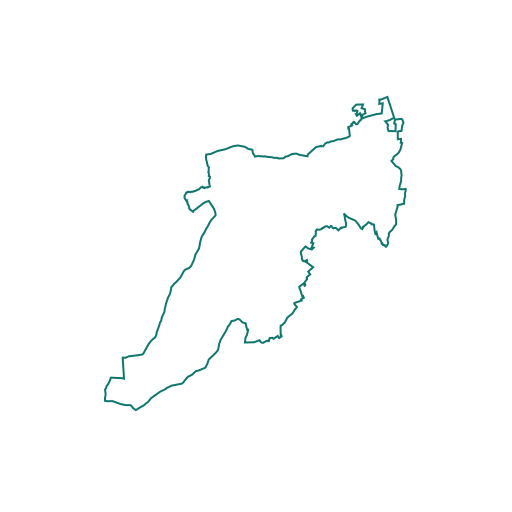 Chinteni, Cluj, Romania (Robinson projection), rotated 126°
{"feature_id": "2599482B62695638429632", "entity_name": "Chinteni", "entity_type": "district", "adm_level": 2, "iso_a3": "ROU", "parent_name": "Romania", "parent_adm1": "Cluj", "projection": "robinson", "projection_center": [23.558, 46.886], "detail": "fine", "context": "isolated", "style": "outline", "palette": "teal", "viewbox_px": 512, "rotation_deg": 126, "n_neighbors": 0, "source": "geoboundaries", "source_scale": "gbopen_adm2", "svg_char_len": 6071}
<svg xmlns="http://www.w3.org/2000/svg" viewBox="0 0 512 512"><g transform="rotate(126 256 256)"><path d="M451.3,262.6L445.9,260.5L442.8,258.9L439.6,258.3L437.9,257.6L432.5,257.3L421.9,253.7L417.2,251.1L415.2,250.6L410.5,248.1L402.9,241.0L401.2,240.5L395.9,240.4L393.8,240.1L389.6,237.9L385.3,237.2L384.2,236.8L382.5,235.2L376.3,231.4L372.1,231.9L367.5,233.4L357.9,231.6L354.2,231.5L348.4,234.3L344.2,235.4L335.7,236.1L331.7,236.7L330.1,237.2L326.0,237.1L323.1,237.6L322.9,237.1L322.1,236.7L320.5,235.2L318.1,234.1L317.4,233.4L317.1,232.4L317.1,231.3L317.7,227.8L316.5,224.8L318.4,223.0L319.8,221.0L320.8,219.9L320.2,219.1L325.2,216.9L328.1,216.6L332.5,214.1L326.8,206.7L322.2,203.8L322.4,202.4L322.6,202.3L322.8,201.4L322.8,200.7L322.1,199.2L318.5,197.6L317.4,196.5L317.7,196.1L317.0,195.6L314.5,196.7L312.6,194.8L312.7,193.2L307.9,191.4L308.8,189.1L306.0,188.0L305.0,189.3L305.3,189.6L305.0,189.9L298.6,194.7L297.8,195.1L296.3,194.1L294.2,194.0L293.6,193.6L287.3,194.4L280.9,192.7L276.3,193.1L273.3,192.8L273.0,193.4L272.5,196.2L271.7,197.3L270.1,196.4L265.3,192.9L264.6,194.1L261.7,192.7L260.7,194.3L261.5,194.8L257.7,199.8L257.4,200.6L255.5,202.9L250.2,201.4L251.5,199.2L251.0,199.0L250.7,199.5L250.3,199.3L249.0,201.2L244.6,201.1L243.7,202.5L239.0,201.4L238.0,204.6L231.5,203.2L231.4,211.4L231.1,211.7L229.8,211.7L229.3,212.4L231.0,213.1L231.6,213.0L231.7,214.2L232.3,214.5L232.4,215.2L231.9,215.9L232.0,216.3L231.6,216.9L229.2,219.0L227.4,221.3L225.9,222.3L219.2,221.6L219.2,218.1L217.9,214.7L215.4,214.3L216.2,216.1L212.0,217.1L212.8,219.2L212.0,219.3L211.9,218.9L211.6,219.0L210.1,220.0L209.8,220.4L206.9,220.3L206.2,220.5L204.7,219.6L201.0,221.9L200.8,222.3L198.8,222.4L198.4,221.4L197.6,220.3L196.2,219.1L194.5,218.4L194.2,218.6L193.9,218.0L193.0,218.1L192.5,217.6L191.3,217.3L190.0,215.8L190.1,214.2L190.0,213.3L187.7,213.1L187.5,212.4L188.1,210.6L188.2,209.7L187.6,209.4L186.3,207.9L186.8,204.4L183.2,203.9L182.9,203.7L183.2,203.3L181.2,202.1L179.8,200.7L178.5,201.0L176.9,202.1L173.4,206.1L170.9,208.4L170.7,209.1L170.2,209.2L170.6,205.1L170.5,203.3L169.0,196.4L170.5,190.9L171.9,187.6L171.8,185.9L169.9,186.0L169.6,186.6L165.8,185.3L162.5,184.9L162.3,183.3L161.9,182.3L162.4,181.3L162.0,181.0L161.8,179.9L161.3,179.4L161.3,179.0L166.1,174.6L167.7,172.6L166.3,172.5L166.5,172.3L166.3,172.3L166.7,172.0L166.7,171.4L167.3,171.1L170.2,167.1L169.2,166.3L170.2,164.7L170.1,164.2L172.1,161.5L171.5,161.1L172.6,159.7L171.6,158.4L172.2,157.0L172.2,156.4L171.9,156.1L171.0,156.3L169.0,156.3L168.3,156.5L167.1,157.3L166.4,158.5L165.0,159.5L161.7,160.3L159.6,161.8L157.5,161.8L155.0,161.2L150.3,161.5L148.2,161.3L145.1,163.2L140.7,167.7L132.2,170.7L131.5,171.4L129.7,169.4L128.5,168.6L128.4,168.3L128.0,168.3L127.0,167.6L126.8,166.9L126.6,166.9L123.6,169.1L119.7,170.6L117.9,172.2L114.6,173.6L113.8,174.4L115.7,176.3L117.6,179.4L115.3,180.8L110.0,182.7L106.6,185.0L105.1,185.6L102.9,187.8L101.7,188.6L100.7,190.9L100.6,193.5L101.2,195.9L100.9,196.4L99.5,202.3L96.9,201.9L95.6,202.8L93.5,202.6L90.9,201.7L88.4,201.3L84.8,201.8L78.7,204.2L79.3,205.5L77.4,206.4L76.0,207.5L78.2,209.9L72.3,214.3L71.3,214.1L69.3,211.8L64.7,214.3L61.5,215.0L59.6,218.0L59.5,218.9L63.3,223.0L63.8,223.8L67.6,222.0L67.2,220.5L73.0,216.5L77.0,222.2L75.1,224.8L72.2,226.4L71.1,230.6L70.1,229.5L69.1,229.0L67.0,227.4L65.5,226.9L63.1,225.3L50.1,243.2L55.6,246.6L57.1,248.2L58.3,247.0L60.5,245.7L58.0,243.2L66.8,238.1L70.5,242.0L77.7,247.9L82.4,251.0L81.0,251.8L79.4,253.3L78.6,252.5L76.0,251.4L74.5,253.2L73.2,254.2L74.4,257.4L70.5,258.5L74.6,263.9L79.6,264.7L81.2,263.4L81.4,262.9L80.9,262.7L80.6,261.6L80.7,261.3L79.4,260.6L79.0,259.3L82.2,258.0L82.5,258.4L83.2,256.8L79.4,255.8L81.4,252.7L82.8,251.2L84.2,251.1L84.2,251.4L87.5,251.7L87.8,251.5L89.7,251.5L90.6,252.4L89.9,255.1L90.4,255.2L90.3,255.9L92.0,256.0L93.2,256.3L93.6,255.2L94.3,255.5L94.5,255.2L97.5,257.2L98.9,255.8L98.6,255.3L103.7,250.7L104.3,250.7L108.1,252.8L109.0,253.9L111.8,255.9L113.6,258.4L118.1,261.3L119.1,262.7L121.4,263.8L121.9,264.8L122.7,265.3L124.3,266.1L127.8,266.2L128.9,267.7L128.6,268.1L132.8,271.5L143.3,273.7L145.1,273.0L148.5,280.1L149.5,283.5L150.2,284.5L152.3,286.8L156.8,289.1L158.5,290.7L160.3,290.9L161.0,291.5L163.8,295.0L164.1,296.6L165.7,298.6L166.8,301.2L169.6,306.0L169.9,307.2L170.5,307.5L174.0,313.2L176.2,315.3L175.8,315.7L174.9,318.5L172.4,321.3L172.3,321.9L173.9,325.0L174.0,327.8L174.4,329.6L177.2,335.6L180.0,338.5L182.3,340.2L187.4,343.3L193.6,348.8L200.0,352.6L203.2,355.9L204.8,355.1L207.1,353.1L208.3,351.8L208.9,350.7L209.9,350.0L211.6,347.8L211.7,346.8L212.3,345.9L213.1,345.7L214.9,344.3L216.2,343.9L216.4,343.3L217.5,342.1L219.1,341.2L218.8,340.1L219.0,339.8L220.1,339.1L221.8,338.9L223.2,338.2L223.9,337.1L224.9,336.4L226.8,334.2L229.1,335.5L229.1,336.1L231.4,337.7L231.1,338.4L231.8,338.8L231.4,340.0L233.0,340.9L235.8,341.4L236.5,342.1L238.6,343.0L240.1,344.4L241.0,344.6L241.9,346.0L242.9,346.4L243.2,347.0L243.1,347.4L243.9,348.2L243.9,348.6L244.4,349.1L245.1,349.1L245.8,349.7L246.3,349.3L249.0,349.4L250.0,348.5L250.9,348.2L251.5,346.9L251.6,346.0L252.2,345.1L252.0,344.9L252.3,344.9L252.4,343.6L253.2,343.0L253.4,342.3L254.1,342.0L254.5,340.6L256.3,338.2L257.0,337.8L257.3,332.9L256.0,333.0L244.0,329.5L241.9,328.5L239.2,326.5L242.6,317.6L244.3,315.1L245.5,313.7L246.9,312.6L252.9,313.3L255.9,313.2L260.7,312.4L264.0,312.2L266.9,311.6L271.7,311.3L273.5,310.9L278.1,309.1L283.3,306.5L290.3,305.9L295.2,304.0L302.2,302.6L304.8,303.0L308.7,305.2L310.5,305.5L318.2,304.5L324.8,305.4L326.8,306.0L327.7,305.8L331.2,306.2L332.6,305.2L337.8,303.2L341.2,302.8L347.4,300.8L353.1,298.4L355.1,297.2L360.8,296.2L363.8,294.8L366.8,294.4L368.5,293.6L376.4,291.4L378.1,290.4L379.9,289.9L382.0,289.9L383.4,290.5L386.6,291.0L390.6,291.1L401.0,289.8L402.4,290.0L406.1,293.6L411.9,299.9L415.2,301.9L416.6,304.1L432.8,290.7L433.5,292.4L439.7,301.9L444.3,300.6L447.2,300.3L449.1,300.4L451.2,299.6L452.8,299.6L456.3,296.3L460.3,294.3L461.9,293.0L460.9,291.0L457.7,286.7L455.4,278.6L453.3,273.9L450.5,270.0L450.4,269.2L451.3,266.3L451.3,262.6Z" fill="none" stroke="#0f766e" stroke-width="2"/></g></svg>